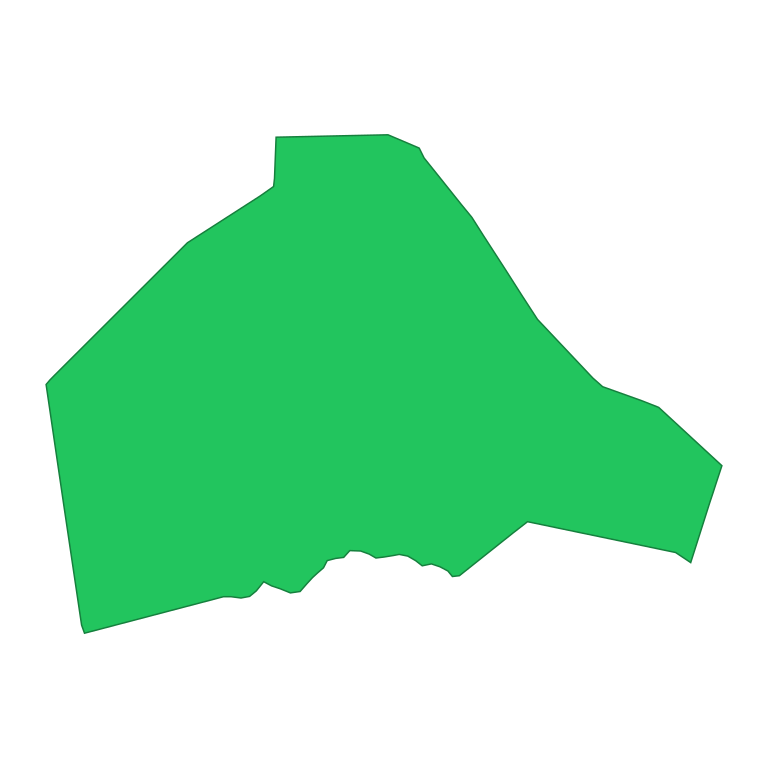 Central, Bahia, Brazil
{"feature_id": "56859067B75123668801869", "entity_name": "Central", "entity_type": "district", "adm_level": 2, "iso_a3": "BRA", "parent_name": "Brazil", "parent_adm1": "Bahia", "projection": "mercator", "projection_center": [-42.087, -11.142], "detail": "fine", "context": "isolated", "style": "filled", "palette": "green", "viewbox_px": 768, "rotation_deg": 0, "n_neighbors": 0, "source": "geoboundaries", "source_scale": "gbopen_adm2", "svg_char_len": 966}
<svg xmlns="http://www.w3.org/2000/svg" viewBox="0 0 768 768"><path d="M419.2,148.1L388.0,134.8L276.1,137.2L274.5,178.4L273.6,186.5L260.1,196.0L187.5,242.7L55.2,374.6L49.9,380.0L46.1,384.5L63.7,504.5L81.6,625.1L84.5,633.2L223.5,596.7L230.9,596.7L241.0,598.0L249.6,596.4L256.3,590.9L263.7,581.7L271.6,585.9L280.3,588.8L290.4,592.9L300.1,591.5L307.0,583.6L312.5,577.6L317.5,573.0L323.5,567.8L327.2,560.6L335.7,558.4L343.7,557.4L349.8,550.6L360.6,551.0L369.2,554.1L375.9,558.0L384.2,557.0L393.4,555.5L399.2,554.4L407.8,556.1L415.7,560.7L422.2,565.8L431.4,563.9L440.0,566.8L447.9,571.0L452.4,576.5L459.4,575.7L513.0,533.0L517.9,529.2L527.5,521.7L675.6,552.5L684.3,558.3L690.7,562.6L709.9,502.2L713.0,492.9L715.8,484.2L721.9,465.7L658.7,407.4L642.5,401.0L602.6,386.7L592.7,377.9L537.5,319.4L530.6,308.8L521.9,295.4L505.7,270.0L483.7,236.0L471.9,217.4L461.0,204.1L445.1,184.2L437.1,174.2L424.1,158.0L419.2,148.1Z" fill="#22c55e" stroke="#15803d" stroke-width="1.5"/></svg>